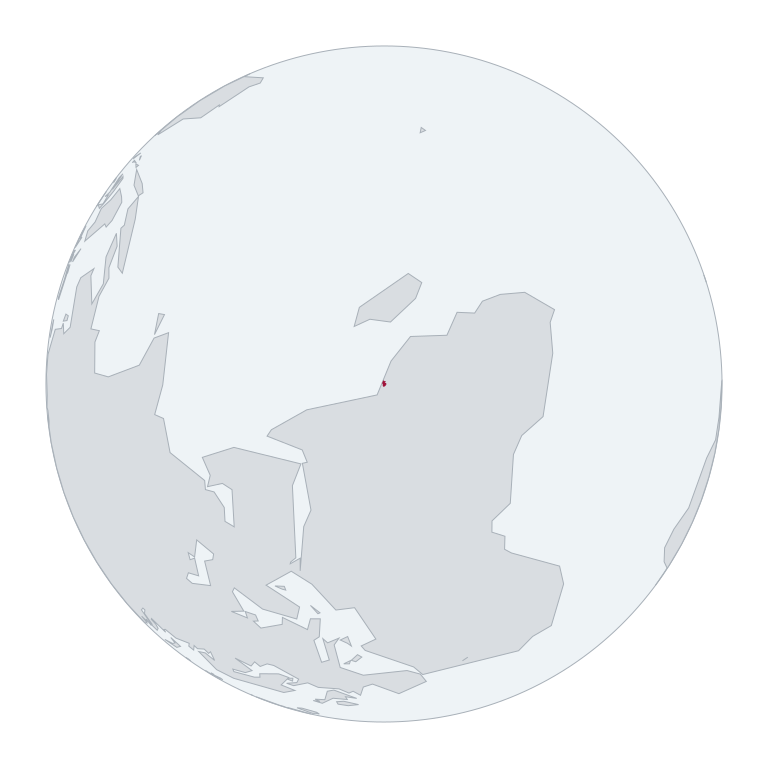 the Earth from above Dar-Es-Salaam, rotated 214°
{"feature_id": "TZA-3378", "entity_name": "Dar-Es-Salaam", "entity_type": "Region", "adm_level": 1, "iso_a3": "TZA", "parent_name": "United Republic of Tanzania", "parent_adm1": "", "projection": "orthographic", "projection_center": [39.274, -6.872], "detail": "fine", "context": "on_globe", "style": "filled", "palette": "rose", "viewbox_px": 768, "rotation_deg": 214, "n_neighbors": 0, "source": "natural_earth", "source_scale": "10m", "svg_char_len": 6874}
<svg xmlns="http://www.w3.org/2000/svg" viewBox="0 0 768 768"><g transform="rotate(214 384 384)"><circle cx="384" cy="384" r="338" fill="#eef3f6" stroke="#a8b0b8"/><path d="M46.4,368.8L46.3,373.3L46.1,382.7L46.3,383.9L46.4,389.7L52.4,393.3L59.8,405.2L62.5,425.7L62.1,451.6L75.1,503.0L77.9,523.2L87.7,543.8L105.6,575.3L105.6,575.5L92.6,555.0L81.0,533.6L71.0,511.5L62.7,488.6L56.0,465.3L51.0,441.5L47.7,417.4L46.2,393.1L46.4,368.8ZM175.3,649.8L173.8,648.6L175.4,649.8L179.3,652.8L179.2,652.8L175.3,649.8ZM644.2,168.4L644.3,168.8L637.0,160.1L640.8,165.8L647.9,174.2L650.3,176.1L656.8,186.2L669.2,203.3L679.1,220.6L687.1,245.5L682.4,249.7L683.9,255.1L677.6,246.6L675.9,255.5L693.0,292.7L694.8,302.6L689.0,317.5L687.6,309.9L671.0,287.0L672.7,310.1L685.5,333.9L690.1,359.3L682.3,349.0L677.1,326.6L671.2,317.9L669.3,297.3L657.8,265.8L649.8,269.0L647.1,257.1L630.0,231.3L616.6,235.7L597.4,262.8L600.3,293.5L591.3,306.1L566.9,259.5L557.0,230.4L547.5,232.1L523.0,207.5L478.7,203.7L473.0,196.6L464.5,199.5L447.4,192.3L439.0,181.2L428.3,181.8L450.9,211.4L462.4,211.2L472.9,200.2L477.0,211.1L493.6,221.6L473.0,247.5L408.2,271.3L403.1,248.5L359.9,190.6L361.8,184.4L361.7,183.7L361.2,182.5L356.1,192.7L349.0,182.2L370.8,220.9L374.0,238.6L407.3,272.6L403.9,276.2L414.9,283.6L451.8,275.4L451.8,283.1L433.6,319.4L383.6,371.1L391.0,407.0L388.6,438.2L359.1,459.6L363.5,484.3L348.5,493.5L348.7,507.7L337.7,523.3L318.6,538.7L284.2,541.0L280.7,528.0L261.3,503.9L233.9,445.9L241.0,418.3L237.3,398.0L212.6,355.7L217.9,330.9L211.7,321.5L198.6,325.4L191.6,314.4L183.8,315.2L136.6,331.2L123.3,318.7L110.2,277.3L119.6,257.9L123.3,238.1L189.4,164.8L201.2,166.0L250.6,152.6L256.4,154.1L248.1,168.0L283.3,182.1L297.5,169.7L331.8,177.7L356.2,176.9L369.3,151.3L329.3,151.9L324.9,140.4L358.8,129.5L394.1,131.3L393.5,127.0L373.2,117.3L383.4,110.1L366.4,113.7L371.8,117.8L361.3,120.7L355.8,117.2L359.6,114.4L349.6,112.8L334.0,127.8L337.7,133.7L310.1,137.6L313.7,148.2L305.5,153.7L296.3,138.2L298.8,132.3L280.1,118.4L275.0,124.6L292.3,138.7L286.0,137.9L279.2,148.2L279.4,139.8L261.8,124.5L238.3,131.0L204.7,159.3L191.7,163.8L182.6,161.1L198.5,135.6L225.7,128.8L231.7,121.2L229.4,112.8L237.8,112.0L240.2,108.2L250.8,106.1L268.9,95.7L280.1,93.6L290.2,83.4L297.4,81.4L289.3,87.7L289.7,91.6L318.0,89.0L324.4,86.6L328.7,80.6L335.9,81.3L336.5,75.9L354.2,73.5L333.1,72.6L337.6,67.2L349.9,63.1L347.6,61.6L327.5,68.5L322.9,71.6L325.0,74.3L309.2,84.8L298.8,87.4L301.0,77.0L286.5,80.1L294.6,72.2L344.0,56.0L363.0,53.6L388.0,58.6L381.9,61.1L369.8,60.1L378.1,65.0L378.8,62.6L384.8,63.7L390.6,60.3L395.2,61.0L393.0,57.0L399.2,57.5L400.5,60.1L414.4,57.0L428.1,58.3L429.1,57.4L426.2,56.1L445.6,59.6L445.4,58.8L439.0,57.3L434.6,55.1L434.3,53.0L441.0,54.2L442.0,55.2L454.2,59.8L455.9,63.0L458.6,63.4L458.8,61.1L443.9,55.3L441.8,53.7L449.8,56.1L446.7,55.1L447.8,54.8L455.1,56.0L446.7,53.5L448.8,52.4L473.9,58.2L498.4,66.0L522.3,75.7L545.3,87.1L567.5,100.2L588.6,115.0L608.4,131.4L627.0,149.2L644.2,168.4ZM164.2,198.4L161.8,204.2L161.8,204.3L164.2,198.4ZM430.2,147.8L452.1,150.0L444.3,134.7L452.0,134.7L446.5,129.9L443.6,133.7L430.4,121.3L440.6,118.1L439.0,112.4L431.5,111.5L415.0,119.9L433.7,136.9L427.8,142.6L430.2,147.8ZM243.1,92.9L245.6,94.1L239.9,98.5L225.8,104.0L233.8,97.3L243.1,92.9ZM250.5,95.0L256.6,84.8L265.7,82.0L259.6,85.1L264.9,84.2L256.5,89.2L259.2,97.6L254.4,102.2L230.8,108.1L241.1,103.2L238.0,101.9L250.5,95.0ZM256.2,73.0L259.0,71.0L275.1,66.9L270.7,69.4L256.2,74.2L253.0,74.2L256.2,73.0ZM320.7,52.1L319.6,52.3L318.2,52.5L320.7,52.1ZM315.1,53.2L314.3,53.3L309.1,54.5L305.9,55.3L297.6,57.3L293.1,58.7L291.8,59.0L286.1,60.9L286.6,60.5L279.9,62.6L282.9,62.0L260.3,69.5L287.3,60.2L315.1,53.2ZM264.5,148.5L269.3,148.6L277.1,147.3L272.9,154.3L264.5,148.5ZM252.1,138.0L256.6,136.6L254.6,144.8L249.7,145.2L252.1,138.0ZM260.9,129.5L257.1,136.0L256.2,132.7L260.9,129.5ZM293.7,86.6L298.7,85.4L298.6,86.7L295.0,89.1L293.7,86.6ZM354.9,48.8L352.2,48.6L354.1,48.4L354.7,47.6L361.9,47.1L364.3,47.3L354.9,48.8ZM361.5,155.6L353.5,160.5L350.2,158.2L353.6,157.0L361.5,155.6ZM310.3,156.6L321.2,159.3L309.1,158.5L310.3,156.6ZM362.8,48.1L362.2,47.7L366.1,47.8L362.8,48.1ZM367.1,46.8L372.0,46.7L362.8,47.0L367.1,46.8ZM494.5,612.5L496.6,617.5L491.4,617.4L494.5,612.5ZM447.3,433.8L425.7,489.2L409.4,489.2L405.7,472.6L413.3,439.0L431.9,429.8L440.9,415.0L447.3,433.8ZM711.9,432.6L713.2,436.2L712.8,437.7L711.9,432.6ZM710.7,424.9L712.8,427.7L709.8,428.0L710.7,424.9ZM713.5,428.9L715.6,428.3L716.5,426.8L715.9,429.9L713.5,428.9ZM709.0,423.5L696.6,415.0L690.7,407.8L692.9,402.6L702.4,409.0L709.0,423.5ZM692.4,402.2L682.4,381.5L662.9,329.5L670.0,332.1L689.2,366.0L688.1,370.5L694.2,386.0L692.4,402.2ZM713.5,383.8L712.3,398.3L706.2,392.4L703.0,388.0L700.9,367.5L702.1,358.7L705.0,360.6L711.9,335.1L715.2,345.3L714.1,356.7L716.5,371.5L713.5,383.8ZM601.9,296.6L610.2,316.4L604.8,318.8L601.9,296.6ZM711.6,315.9L710.9,326.8L710.5,311.1L711.6,315.9ZM709.4,300.5L711.1,307.6L708.6,299.8L709.4,300.5ZM686.8,264.1L683.9,264.0L682.3,259.3L685.0,256.8L686.8,264.1ZM686.7,235.7L692.4,248.8L693.9,252.9L689.8,244.0L686.7,235.7ZM422.9,49.7L414.1,50.7L412.5,52.5L419.0,54.6L406.0,52.7L408.5,49.8L422.9,49.7ZM395.6,46.5L392.5,46.7L389.4,46.4L395.6,46.5ZM668.5,566.3L672.0,560.5L655.3,570.3L654.9,564.3L662.1,554.8L675.8,521.7L676.6,523.2L684.8,502.2L698.7,491.4L710.9,464.0L710.4,470.9L712.9,461.7L705.1,489.2L695.1,515.9L682.9,541.7L668.5,566.3ZM714.8,439.6L717.7,430.9L718.1,431.6L714.8,439.6ZM721.2,400.7L720.9,404.5L720.8,400.3L721.2,400.7ZM721.2,405.9L721.2,402.9L721.4,399.8L721.3,404.4L721.2,405.9ZM717.7,376.2L718.2,386.4L720.1,383.4L718.6,389.7L718.9,407.1L718.0,412.3L718.0,393.5L716.4,410.1L715.4,408.5L715.9,393.0L717.3,376.5L718.2,370.4L721.0,372.8L717.7,376.2ZM721.8,388.4L721.7,376.8L721.6,370.3L721.8,377.0L721.8,388.4ZM719.5,348.7L717.1,334.3L716.5,336.9L716.3,324.4L718.9,340.1L719.5,348.7ZM715.1,320.5L714.7,322.6L714.1,315.1L715.1,320.5ZM713.7,318.2L711.9,309.8L713.1,312.4L713.7,318.2ZM715.6,321.9L713.0,308.4L715.0,317.3L715.6,321.9ZM707.2,291.2L712.5,307.6L708.4,297.7L700.9,271.8L702.1,273.0L707.2,291.2Z" fill="#d9dde1" stroke="#a8b0b8" stroke-width="1"/><path d="M383.2,382.2L383.3,382.3L383.4,382.5L383.5,382.5L383.7,382.8L383.7,383.0L383.8,383.2L384.0,383.1L384.1,383.3L384.0,383.5L384.0,383.8L384.1,383.7L384.3,383.7L384.5,383.8L384.8,383.9L385.1,383.9L385.2,384.0L385.3,384.2L385.3,384.3L385.6,384.7L385.6,384.8L385.6,385.3L385.6,385.5L385.5,385.4L385.5,385.5L385.4,385.7L385.3,385.8L385.2,385.7L384.9,385.8L384.9,385.7L384.8,385.8L384.8,384.9L384.7,384.7L384.3,384.5L384.2,384.5L383.8,384.5L383.7,384.7L383.5,384.8L383.4,384.9L383.2,384.8L383.0,385.0L382.9,385.1L382.7,385.0L382.6,384.9L382.7,384.7L382.8,384.5L382.8,384.4L383.0,384.2L382.9,384.0L382.8,383.9L382.7,383.7L382.5,383.4L382.7,383.2L382.8,382.9L382.8,382.7L382.9,382.4L383.0,382.3L383.1,382.2L383.2,382.2Z" fill="#f43f5e" stroke="#9f1239" stroke-width="1.5"/></g></svg>